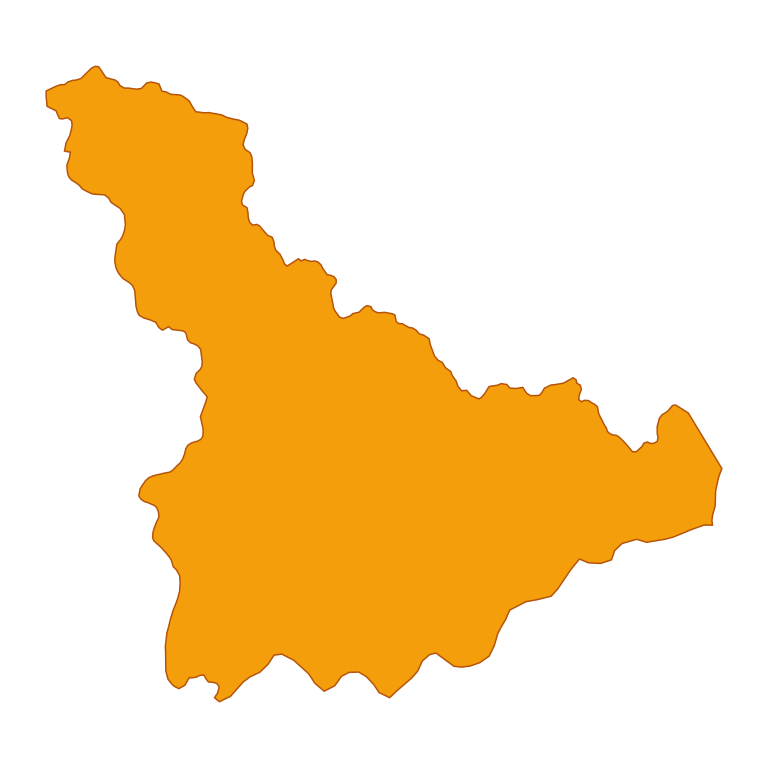 Terra Santa, Pará, Brazil
{"feature_id": "56859067B55626179561837", "entity_name": "Terra Santa", "entity_type": "district", "adm_level": 2, "iso_a3": "BRA", "parent_name": "Brazil", "parent_adm1": "Pará", "projection": "robinson", "projection_center": [-56.49, -1.905], "detail": "fine", "context": "isolated", "style": "filled", "palette": "amber", "viewbox_px": 768, "rotation_deg": 0, "n_neighbors": 0, "source": "geoboundaries", "source_scale": "gbopen_adm2", "svg_char_len": 4771}
<svg xmlns="http://www.w3.org/2000/svg" viewBox="0 0 768 768"><path d="M712.5,525.1L711.9,520.4L712.6,515.0L715.2,505.9L715.6,490.8L718.4,478.1L719.8,473.9L721.9,468.6L688.3,413.0L675.6,405.0L672.5,405.5L667.6,411.3L661.9,414.9L659.4,418.2L657.2,426.4L657.2,433.4L658.0,437.7L657.3,441.3L653.9,443.3L650.8,443.5L647.3,442.0L643.9,443.1L641.8,446.7L636.2,451.8L632.5,451.7L625.1,442.9L619.3,437.2L616.3,435.3L612.5,434.9L609.7,433.5L607.4,431.4L606.4,428.1L604.1,424.5L598.7,413.7L597.4,406.8L594.8,404.4L591.3,402.6L588.6,400.6L584.5,400.3L581.5,401.7L578.8,399.7L579.0,396.0L581.4,389.2L580.3,385.2L576.8,383.2L576.1,379.8L573.0,377.8L563.4,383.2L555.1,384.6L550.9,385.0L544.4,388.2L542.1,392.1L539.4,395.4L530.6,395.7L526.5,393.1L522.8,387.4L516.2,388.5L510.0,388.1L506.8,384.5L501.1,383.6L497.6,385.2L489.1,386.5L484.6,393.7L481.4,397.4L478.8,398.9L471.3,395.7L466.6,390.3L461.6,390.8L457.8,386.1L456.3,381.4L451.9,374.9L450.8,371.6L445.4,367.6L442.2,362.4L438.0,360.2L434.4,355.9L430.2,344.3L429.1,338.7L423.6,335.1L419.3,333.9L416.2,330.2L412.5,328.0L408.7,327.4L402.3,323.7L399.0,323.6L396.3,321.7L394.8,314.8L392.0,313.7L384.9,312.4L378.2,312.8L375.2,311.7L372.4,309.8L370.9,306.6L367.0,305.7L364.3,307.1L359.0,312.2L352.9,313.6L350.2,315.9L343.6,318.4L339.5,317.1L335.4,311.5L333.8,308.6L330.9,293.9L331.1,290.0L336.1,283.4L336.2,279.6L334.0,276.7L330.9,275.4L327.3,274.8L322.9,268.7L321.0,264.8L317.8,261.9L314.7,261.0L311.6,261.4L308.5,260.9L304.8,259.4L301.1,260.9L298.4,258.8L287.1,266.1L284.5,263.9L282.7,259.4L280.0,254.3L275.7,250.0L274.2,245.6L274.0,242.0L272.2,237.3L267.5,235.3L259.5,225.9L256.7,224.4L252.7,225.2L249.7,222.4L248.3,217.9L247.9,212.1L247.0,207.7L242.5,205.0L241.5,201.5L243.3,194.5L244.9,191.4L249.6,186.8L252.4,185.7L254.4,180.5L252.3,172.8L252.4,163.8L251.9,157.1L250.0,152.6L245.1,149.3L243.1,144.7L244.3,139.6L246.7,133.8L247.8,128.2L246.9,124.0L239.3,120.2L233.5,119.1L226.5,117.3L221.7,114.9L209.0,112.6L204.0,112.8L195.7,111.7L191.6,105.3L189.4,101.1L183.2,96.5L180.2,95.0L170.8,94.3L165.6,91.7L162.0,91.4L159.0,84.0L153.7,82.5L150.7,82.1L146.7,83.0L141.4,88.4L136.6,89.2L128.6,88.1L124.3,88.1L119.8,85.4L118.1,82.3L115.3,80.1L106.0,77.6L98.7,66.8L95.3,66.3L91.3,68.3L81.0,78.5L76.0,80.1L72.5,80.4L67.7,82.1L64.5,84.7L60.8,84.6L55.2,86.6L46.1,91.0L46.2,97.0L47.1,106.4L56.0,110.8L59.3,118.5L62.3,119.0L67.5,117.7L71.5,120.6L72.1,125.1L71.5,128.9L69.6,136.0L66.1,142.7L64.5,151.1L70.4,152.2L69.4,158.0L66.9,165.1L67.1,169.8L67.9,174.5L69.4,177.7L71.9,180.3L75.6,182.5L79.1,185.2L82.4,189.0L87.9,191.9L92.2,193.9L97.0,194.4L104.5,194.8L108.8,198.2L111.1,202.4L120.1,208.4L124.4,214.6L125.4,224.9L124.6,230.0L122.6,236.1L120.6,239.5L116.9,244.1L115.0,256.7L114.8,261.9L115.9,267.3L117.3,270.9L119.0,273.8L122.9,278.5L129.6,282.8L132.6,285.7L134.8,290.8L136.0,306.2L137.4,311.7L139.0,315.1L143.4,317.8L150.7,320.1L155.7,322.3L158.9,327.5L162.4,330.2L168.7,326.7L172.1,329.6L179.2,330.4L183.5,331.0L185.9,333.1L187.6,339.8L190.3,342.7L193.8,343.8L197.8,345.8L200.7,349.6L201.6,356.9L202.2,361.1L202.0,366.1L200.2,369.4L196.1,373.5L194.3,379.1L195.7,382.4L202.1,390.8L207.2,396.8L206.1,401.0L202.7,410.4L200.4,416.7L201.8,423.0L203.2,429.6L202.9,436.3L200.9,439.3L197.4,441.2L193.8,442.1L190.8,443.3L187.9,445.2L185.8,448.7L184.5,454.3L182.4,459.5L180.0,463.1L177.6,465.2L172.8,470.1L169.8,472.1L164.0,473.2L153.2,475.8L148.7,477.8L145.4,480.8L142.9,484.5L140.1,488.8L138.8,495.9L140.8,499.0L144.3,501.5L148.4,502.8L154.4,505.5L156.6,507.5L158.4,511.6L158.9,517.2L156.2,522.7L153.9,528.9L153.0,532.2L152.6,537.8L153.9,540.9L161.5,547.8L166.3,553.2L169.5,557.2L171.4,560.3L173.3,566.8L176.5,569.9L179.6,575.6L180.2,582.8L179.6,591.2L178.1,597.1L176.5,601.9L173.2,610.2L170.6,618.6L168.0,629.1L167.0,632.5L165.3,646.6L165.6,651.2L165.8,670.8L168.0,679.2L171.2,683.3L174.1,686.3L178.9,688.6L185.0,685.2L187.6,680.4L189.3,677.7L192.8,677.7L196.1,677.2L199.8,675.4L203.9,675.0L206.2,679.2L208.4,681.9L213.0,682.4L216.6,683.3L219.2,686.7L217.7,692.8L214.5,697.7L219.4,701.7L230.5,696.3L243.1,682.1L249.8,677.0L260.0,672.1L268.0,664.3L274.0,655.2L281.8,654.1L293.8,660.3L308.8,673.9L314.9,683.3L324.2,691.2L331.6,687.4L334.8,685.7L341.5,676.3L349.2,672.3L358.8,672.1L366.2,676.5L373.4,684.1L376.6,688.8L379.0,692.6L389.7,697.7L396.3,691.3L411.4,678.3L417.8,671.0L422.3,661.0L429.5,654.7L435.9,653.0L454.0,666.3L461.7,667.1L469.9,666.1L479.7,662.7L484.9,659.1L489.1,656.2L494.1,646.1L496.5,638.1L497.6,634.0L501.1,627.1L505.9,619.1L507.3,615.3L510.0,609.9L525.9,601.7L537.1,599.7L551.1,596.2L557.7,589.0L570.8,569.6L579.4,559.0L588.4,562.8L595.3,563.2L600.7,563.4L611.5,559.8L614.7,550.5L622.1,543.5L636.6,539.3L646.6,542.3L664.7,539.3L673.2,537.1L691.6,529.5L703.9,525.1L712.5,525.1Z" fill="#f59e0b" stroke="#b45309" stroke-width="1.5"/></svg>